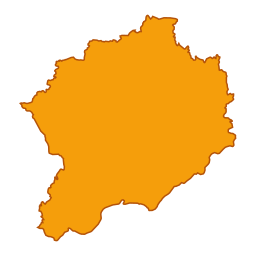 Dak Rlap, Đắk Nông, Vietnam (Albers equal-area conic projection)
{"feature_id": "81297802B2917427008212", "entity_name": "Dak Rlap", "entity_type": "district", "adm_level": 2, "iso_a3": "VNM", "parent_name": "Vietnam", "parent_adm1": "Đắk Nông", "projection": "albers", "projection_center": [107.508, 11.9], "detail": "fine", "context": "isolated", "style": "filled", "palette": "amber", "viewbox_px": 256, "rotation_deg": 0, "n_neighbors": 0, "source": "geoboundaries", "source_scale": "gbopen_adm2", "svg_char_len": 5658}
<svg xmlns="http://www.w3.org/2000/svg" viewBox="0 0 256 256"><path d="M235.7,138.1L235.4,137.6L235.5,135.4L235.3,135.1L232.9,133.5L230.6,133.3L229.8,132.7L229.0,132.7L228.4,132.1L228.2,131.5L228.3,129.7L229.1,128.9L232.6,127.3L231.9,123.7L230.1,122.1L230.0,121.7L230.3,121.4L231.9,121.4L232.2,121.2L232.1,120.7L230.7,119.6L229.6,119.5L228.7,118.3L228.0,117.9L224.9,117.8L223.6,116.7L223.5,115.9L224.2,114.3L225.7,112.8L226.1,111.8L226.1,108.8L225.1,108.2L225.0,107.6L226.2,106.6L226.2,104.4L226.8,103.9L228.4,103.5L229.5,102.3L231.3,101.5L233.4,99.6L233.6,99.1L232.8,97.4L233.5,96.1L233.6,94.1L233.1,93.9L232.3,94.5L231.7,94.5L230.2,93.5L227.9,94.8L227.2,93.9L226.9,91.7L228.2,89.2L227.7,88.3L227.3,86.5L227.2,84.8L226.4,82.5L226.4,77.5L226.9,76.1L226.2,74.7L226.1,73.0L225.7,72.3L223.3,71.5L221.7,69.8L221.0,69.8L219.9,70.3L219.3,70.1L218.9,66.5L218.4,64.1L219.3,62.4L219.3,61.6L218.6,60.3L219.8,57.8L219.8,57.0L218.4,56.6L217.5,54.9L216.9,54.8L216.2,55.6L215.9,58.5L215.3,58.4L214.4,57.1L213.7,57.2L213.0,58.2L212.2,58.5L210.6,57.2L209.8,57.3L206.6,58.9L204.9,62.4L204.5,62.6L204.1,62.4L203.0,60.0L199.9,59.3L196.9,57.5L196.0,56.2L195.5,56.4L195.5,56.7L195.7,59.5L195.0,60.1L193.5,60.1L192.5,58.6L191.2,58.2L190.7,55.7L189.9,54.7L189.7,52.9L189.3,52.5L188.1,52.4L188.2,51.4L189.2,50.6L189.0,49.9L187.9,49.1L188.7,47.9L188.3,46.3L187.6,46.2L186.0,47.8L185.5,48.7L184.7,49.0L184.0,48.7L179.7,45.2L178.8,43.4L177.9,45.3L177.3,45.6L176.7,45.1L175.5,42.8L175.7,41.3L174.9,40.5L174.8,39.9L175.1,37.2L173.7,36.9L173.5,36.5L174.7,35.0L174.9,34.2L174.6,33.7L173.2,33.1L172.9,31.2L173.0,30.5L174.1,29.4L174.2,27.3L174.0,26.6L172.7,25.2L172.7,24.9L173.3,24.4L175.4,23.8L176.3,22.0L177.3,21.1L177.3,19.5L175.7,18.7L170.4,17.9L163.9,17.8L159.9,19.0L158.5,19.2L157.8,18.5L152.7,16.4L151.9,17.8L150.6,19.0L148.1,15.6L147.4,15.4L146.6,16.0L146.1,17.1L145.8,20.2L144.9,21.1L143.7,21.7L143.6,22.5L142.8,23.1L142.8,24.8L142.3,25.6L140.8,27.2L140.6,28.6L141.3,31.4L141.1,31.7L140.1,31.4L137.8,32.7L136.5,32.6L135.9,32.4L135.7,31.8L134.5,31.5L135.1,30.2L133.9,30.3L132.9,30.5L130.7,32.1L129.5,33.2L128.2,35.5L121.8,35.4L120.8,36.0L120.2,35.9L120.2,37.0L121.1,37.9L121.2,38.7L117.2,42.1L116.1,41.7L115.9,40.6L113.7,39.9L113.1,40.0L112.4,41.2L110.3,40.9L108.9,41.7L105.5,41.3L104.1,41.9L103.6,41.6L102.0,41.5L101.0,40.6L98.8,41.0L97.1,40.2L93.6,39.9L93.0,39.9L91.8,41.0L89.6,41.3L89.4,42.4L88.0,44.0L88.1,45.1L89.4,45.7L89.4,46.0L88.4,47.5L87.4,47.9L87.3,49.1L84.8,50.6L84.5,52.0L85.1,53.9L84.3,57.5L84.3,59.5L83.9,60.0L83.1,60.3L80.7,59.9L79.2,60.1L76.4,59.6L74.9,58.9L73.5,57.2L71.2,57.5L65.8,59.7L65.2,59.6L64.8,60.0L62.5,60.4L61.8,61.1L60.6,60.3L59.5,61.0L59.2,60.4L57.9,61.5L56.6,61.4L56.1,62.1L56.5,63.2L55.5,64.4L55.5,65.2L56.2,66.0L58.2,66.3L58.6,67.2L58.2,68.3L55.8,69.5L54.8,70.7L54.9,71.2L55.7,71.7L56.0,73.7L54.1,75.3L53.9,76.4L55.7,77.0L55.9,77.5L55.4,78.0L53.9,78.2L53.1,79.7L51.8,79.9L50.6,80.5L48.5,80.1L47.8,80.8L47.1,84.1L47.8,84.7L49.3,85.0L50.0,85.5L50.4,86.3L50.2,87.1L49.1,88.3L48.9,89.2L48.0,89.6L46.4,89.4L46.2,89.6L46.2,91.7L45.6,92.4L44.8,92.4L43.6,91.0L42.9,90.7L42.2,90.8L41.2,91.8L39.7,91.4L37.7,91.9L36.9,92.8L36.8,95.0L35.5,95.3L34.2,96.6L33.8,97.7L32.8,98.7L32.4,101.1L31.9,102.0L31.2,102.4L27.7,103.4L26.3,103.4L24.2,102.8L22.5,103.2L21.2,103.0L20.3,103.4L21.9,105.2L21.9,106.4L22.6,107.5L23.4,108.1L25.3,108.4L25.7,108.7L26.0,110.2L27.0,110.9L29.6,110.9L30.7,111.4L32.0,112.6L32.6,114.0L33.4,114.6L32.5,116.2L32.8,117.8L33.9,118.5L34.6,119.6L40.8,131.1L45.0,135.2L45.0,136.7L45.5,137.8L45.5,140.2L47.8,143.8L48.7,146.5L48.9,151.9L49.3,153.2L52.7,154.5L58.5,154.2L59.7,155.5L61.2,155.9L62.3,157.6L63.5,158.6L63.3,159.4L63.8,164.4L64.4,166.7L64.1,169.6L63.5,170.0L61.0,169.1L60.3,169.5L59.5,170.8L57.1,174.0L56.4,175.7L57.3,177.2L57.7,178.5L57.6,179.3L57.1,179.5L56.7,179.2L55.4,177.1L54.8,177.3L54.9,179.4L54.2,181.2L54.2,182.8L52.5,183.6L50.9,185.2L50.6,186.0L50.9,187.4L50.6,187.7L49.1,187.8L48.5,188.5L48.1,189.8L47.8,192.0L48.0,192.9L50.2,194.8L50.3,195.4L49.9,196.5L51.2,197.4L51.1,197.8L49.8,200.0L46.5,202.1L45.4,204.0L44.6,203.8L42.8,201.8L42.3,201.8L41.7,202.4L41.2,203.1L41.2,204.2L40.3,204.9L41.3,205.2L41.4,205.6L40.0,205.9L39.5,206.3L39.6,208.3L39.1,210.4L39.2,211.0L40.8,211.3L42.0,213.5L42.4,215.8L41.1,216.4L41.1,216.7L42.7,218.0L43.7,219.6L42.4,219.8L42.1,220.3L42.8,222.6L41.5,222.5L40.9,224.1L39.8,225.3L39.4,226.3L37.7,227.4L39.7,228.4L42.6,228.5L43.6,229.4L44.4,232.2L45.9,235.3L48.5,236.5L50.9,236.7L53.5,237.8L54.0,238.3L54.4,240.1L56.0,240.6L56.9,240.6L57.7,240.1L60.5,236.7L62.7,235.2L64.6,232.3L67.9,231.0L68.3,230.4L68.3,228.4L68.6,228.1L69.5,228.2L70.8,228.9L71.2,229.5L73.1,231.0L74.7,231.0L79.5,233.5L81.4,234.1L84.7,234.2L87.1,233.0L90.8,231.7L91.9,230.9L98.2,224.2L100.8,219.6L101.2,218.2L100.8,214.4L101.0,212.9L101.5,211.7L103.3,209.1L105.3,207.7L112.8,204.9L118.7,204.0L119.6,203.3L121.0,201.1L122.2,199.9L123.2,199.9L124.3,200.8L124.3,201.5L123.3,203.4L123.4,203.9L123.9,204.2L125.3,204.2L129.7,203.0L137.7,203.2L139.2,204.1L140.6,203.8L143.9,204.8L146.4,206.6L147.2,207.7L148.3,208.3L148.8,210.1L149.2,210.5L152.3,210.4L155.3,209.0L157.1,206.7L157.8,204.8L159.8,201.8L161.4,200.1L162.4,198.5L164.7,196.2L168.2,194.0L169.6,192.8L174.2,186.5L176.0,186.3L179.2,185.0L181.6,182.6L183.6,183.3L184.5,183.1L186.8,181.0L190.5,178.3L194.3,174.0L196.4,174.1L197.6,172.9L200.6,174.5L203.4,173.8L204.3,172.4L205.0,170.1L204.9,167.5L208.1,164.3L209.2,162.7L209.7,159.8L209.2,157.3L211.1,154.5L212.2,153.6L214.6,152.6L217.8,153.7L219.4,153.3L223.4,149.0L225.3,147.3L226.8,146.7L229.9,145.8L232.5,146.5L233.2,146.2L233.9,145.1L233.4,141.7L234.2,140.0L235.7,138.1Z" fill="#f59e0b" stroke="#b45309" stroke-width="1.5"/></svg>